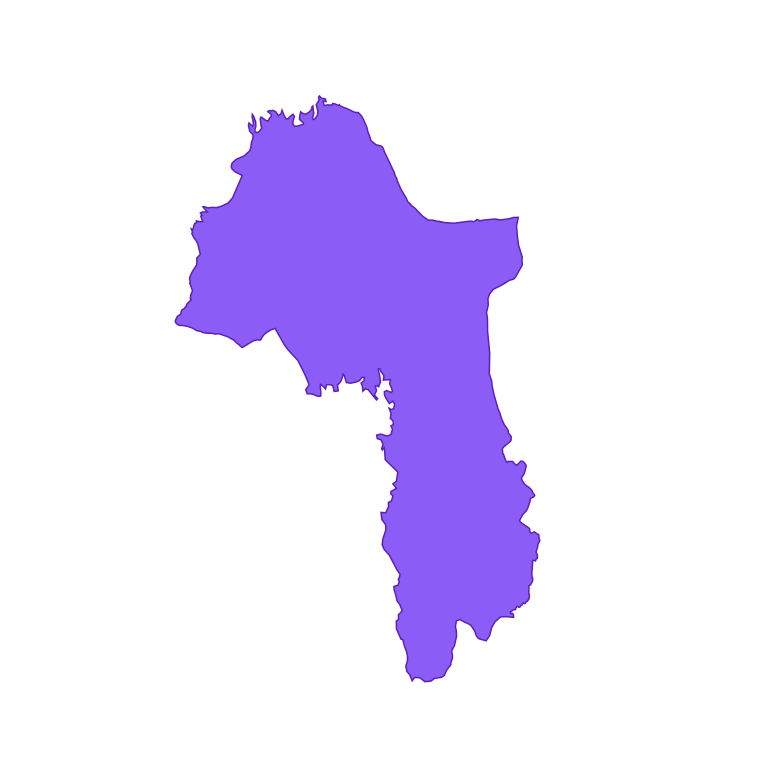 outline of Kouroussa, Kouroussa, Guinea, rotated 342°
{"feature_id": "49546643B25969650419510", "entity_name": "Kouroussa", "entity_type": "district", "adm_level": 2, "iso_a3": "GIN", "parent_name": "Guinea", "parent_adm1": "Kouroussa", "projection": "equal_earth", "projection_center": [-10.122, 10.487], "detail": "fine", "context": "isolated", "style": "filled", "palette": "violet", "viewbox_px": 768, "rotation_deg": 342, "n_neighbors": 0, "source": "geoboundaries", "source_scale": "gbopen_adm2", "svg_char_len": 6130}
<svg xmlns="http://www.w3.org/2000/svg" viewBox="0 0 768 768"><g transform="rotate(342 384 384)"><path d="M307.8,365.2L307.9,369.6L310.1,370.2L313.4,371.9L316.3,374.6L319.2,376.0L320.3,375.7L321.8,370.7L322.7,366.0L323.4,364.7L325.4,367.5L326.9,370.7L329.0,367.0L332.1,367.8L334.8,369.6L334.3,375.7L338.3,376.4L339.5,370.5L341.8,369.5L344.6,367.3L348.2,362.1L348.8,363.6L348.7,371.0L352.3,372.9L357.9,373.5L361.5,373.3L365.5,370.8L367.4,371.8L365.8,374.7L362.5,376.2L362.8,379.1L361.7,384.3L364.3,382.9L367.1,384.2L371.9,396.8L373.4,395.9L371.5,391.6L374.9,387.9L375.0,383.3L376.1,383.2L378.0,385.0L381.2,381.1L382.4,375.1L383.1,367.9L384.8,368.2L384.9,371.1L386.3,375.2L386.0,377.5L384.5,380.0L391.4,381.8L389.4,385.6L389.9,390.2L389.8,393.4L388.3,394.3L384.4,391.0L381.9,391.5L381.1,394.6L381.4,397.7L383.0,404.2L386.9,403.0L387.9,406.4L385.6,410.4L383.0,410.6L381.4,408.7L381.6,413.9L379.4,418.8L381.2,421.8L380.4,425.4L377.6,426.0L378.1,429.6L375.1,434.0L371.4,434.7L365.4,430.6L361.2,430.3L360.7,433.8L364.1,436.4L364.4,441.3L361.8,444.7L362.0,446.2L364.4,444.6L364.1,447.0L361.8,456.4L369.9,472.0L365.6,480.5L361.6,481.7L363.7,487.1L357.5,488.3L356.5,490.6L357.9,493.1L355.0,497.5L351.6,498.0L350.4,502.1L345.8,507.0L341.5,505.2L340.1,512.2L342.1,518.5L340.6,523.5L335.3,530.6L332.6,536.3L333.0,541.1L336.2,548.6L338.9,564.8L340.5,570.0L338.7,572.8L337.2,574.2L337.5,576.6L335.1,579.7L330.8,579.6L330.0,583.4L330.0,587.9L329.4,594.5L330.8,598.2L331.3,605.3L326.4,607.9L325.1,612.4L322.4,613.3L320.2,620.7L321.3,631.9L322.8,632.8L322.5,640.0L322.7,645.7L322.2,650.3L320.8,654.5L317.6,659.0L316.9,664.6L318.6,668.3L319.1,675.0L322.6,672.6L327.4,674.5L330.8,679.7L336.9,681.1L341.0,679.6L348.1,680.7L351.2,679.9L355.0,675.6L360.6,671.9L361.7,669.3L364.3,666.1L365.4,662.9L365.6,659.8L366.5,658.0L370.1,654.7L375.2,646.0L376.6,640.6L376.9,636.9L379.6,631.7L383.3,631.4L387.7,636.1L389.5,637.4L392.1,640.5L393.9,647.0L394.0,652.0L395.2,655.3L401.7,659.8L406.8,655.8L411.2,648.9L416.0,644.5L422.9,641.5L428.5,643.1L435.1,646.0L435.9,643.1L435.1,641.7L433.7,641.6L433.8,639.9L437.0,638.8L439.2,639.1L441.5,636.6L442.0,636.6L443.5,638.2L444.6,638.0L445.3,637.1L446.6,636.9L448.7,635.4L449.6,636.2L450.5,636.3L452.0,634.9L453.3,634.9L455.6,633.0L457.0,630.1L457.2,627.4L459.6,620.5L461.4,620.3L464.4,617.3L465.2,615.3L465.6,611.0L471.0,597.7L471.7,597.7L473.4,599.1L475.0,597.1L475.7,597.3L476.4,596.4L477.0,593.9L476.6,590.9L479.3,587.1L480.8,584.3L483.7,581.1L483.9,580.1L483.6,578.4L484.4,576.6L484.5,574.9L483.3,573.9L481.2,571.0L478.2,571.6L477.5,570.6L476.9,568.9L477.6,568.0L477.7,566.8L477.2,565.5L472.1,559.1L470.8,556.8L470.8,555.6L475.9,550.8L480.3,548.5L483.1,545.5L486.8,540.4L488.0,538.0L490.8,537.8L492.8,536.9L492.9,536.0L492.1,533.8L491.7,530.7L489.5,526.4L488.6,525.6L486.8,522.7L485.6,518.7L485.6,515.9L489.2,513.0L491.1,510.5L493.9,506.0L493.9,504.5L492.7,501.3L491.9,500.3L490.4,499.6L485.2,502.3L483.5,500.3L482.6,497.8L481.9,497.2L478.2,496.0L476.8,496.5L476.1,494.2L475.9,487.7L475.5,486.5L476.6,482.1L478.5,480.8L486.7,477.5L487.7,476.3L488.7,473.3L487.2,469.0L487.7,466.7L487.2,464.1L486.0,460.5L485.5,457.4L485.1,452.6L485.2,446.5L484.8,443.4L485.3,428.4L486.3,418.7L487.3,414.9L487.3,406.9L494.1,387.2L498.8,365.9L502.7,353.4L503.6,347.7L507.6,341.1L509.1,335.3L512.0,331.2L517.1,327.8L528.6,325.9L535.3,324.1L539.8,324.3L542.6,322.6L552.5,313.3L553.4,308.9L554.7,306.1L554.9,293.0L556.8,283.4L558.9,274.6L563.2,267.0L558.9,265.7L553.4,265.4L545.7,264.0L540.3,261.3L530.0,259.0L525.3,258.4L524.7,257.4L523.2,256.2L521.8,257.0L519.3,257.3L516.7,255.8L500.2,252.7L490.4,248.7L488.6,247.3L487.8,247.5L487.0,246.5L485.0,245.7L480.6,243.0L477.0,242.0L472.8,236.7L467.8,226.5L464.8,221.9L464.9,221.2L462.9,217.9L462.6,214.4L460.3,203.8L459.4,194.7L459.6,192.7L459.0,189.7L459.1,185.9L456.3,164.5L456.0,159.1L455.2,157.2L454.0,156.2L450.3,154.0L446.7,148.3L446.9,143.0L446.6,139.9L447.0,134.4L446.1,125.2L445.4,122.1L443.4,117.8L441.1,117.1L439.0,115.6L433.8,110.6L430.0,107.6L428.1,105.5L427.8,104.6L427.0,105.1L423.4,102.1L421.9,101.4L420.7,102.7L416.3,101.0L413.8,100.9L413.3,100.5L413.1,99.1L413.6,96.3L416.1,97.5L416.4,96.0L416.0,94.3L413.8,93.6L412.5,92.3L411.7,90.1L410.3,91.1L409.9,94.0L405.8,97.5L405.4,104.2L403.7,107.8L400.5,110.2L399.0,110.9L398.0,109.5L401.0,104.6L401.3,101.8L402.3,97.6L401.2,98.1L400.1,100.3L397.2,102.1L393.0,103.3L390.1,101.3L388.8,99.4L386.4,103.8L385.4,106.3L388.1,110.9L387.4,112.1L381.6,112.0L378.6,111.3L377.6,108.7L378.9,105.4L381.5,101.9L380.9,99.4L377.3,100.5L374.6,102.2L372.8,101.5L372.0,97.7L371.6,92.1L369.7,95.0L366.3,96.2L365.2,91.5L362.7,89.3L361.2,89.3L359.1,88.5L357.6,89.1L360.2,92.9L359.4,94.7L357.4,95.8L354.8,98.1L353.0,96.7L349.6,92.1L348.4,93.2L347.8,95.6L346.8,100.8L347.0,102.9L342.3,105.9L339.3,104.8L339.7,102.3L341.7,99.5L343.0,95.0L342.7,88.9L342.1,86.9L341.2,89.1L340.3,96.2L338.7,98.3L336.3,94.0L335.0,96.0L334.4,102.3L336.5,106.5L334.9,110.7L332.8,112.9L330.3,118.2L328.3,120.8L321.2,123.9L313.0,124.6L307.7,127.0L306.0,129.7L305.9,132.5L307.8,136.0L313.6,141.9L297.4,160.3L291.6,163.7L284.3,164.7L279.4,164.5L274.7,162.8L270.9,162.1L268.0,159.9L266.5,159.6L269.1,165.9L264.7,164.3L262.2,164.6L263.1,167.3L261.6,167.7L261.8,173.6L259.0,172.7L256.0,170.9L256.0,172.4L253.8,172.8L252.8,173.6L249.9,178.2L248.7,176.9L248.8,180.4L247.7,181.6L248.4,185.9L249.7,189.9L250.2,193.0L249.4,203.8L244.9,206.4L242.8,212.7L236.5,217.8L232.3,222.4L231.3,224.7L231.6,226.1L230.5,227.8L230.7,236.2L227.9,239.3L226.1,243.0L226.6,244.3L221.6,246.8L220.4,248.0L220.2,249.1L218.8,249.4L217.1,250.8L215.9,250.7L214.2,251.4L212.1,255.0L208.7,255.6L205.3,259.0L204.9,260.0L204.8,261.3L205.9,263.4L207.4,265.0L210.8,266.2L215.1,268.5L219.5,272.0L222.5,275.5L225.6,277.1L228.6,279.8L229.7,279.8L230.3,280.6L235.7,282.5L238.8,284.3L242.5,285.2L249.8,290.6L254.8,296.0L256.9,300.1L258.5,302.0L258.7,303.0L259.5,303.8L259.8,305.0L260.8,305.5L272.6,302.6L276.3,302.7L280.1,304.0L284.4,300.4L287.7,298.9L292.9,297.6L297.6,297.5L301.4,316.2L303.3,321.8L309.3,334.9L310.7,343.5L311.9,352.2L312.5,361.6L307.8,365.2Z" fill="#8b5cf6" stroke="#5b21b6" stroke-width="1.5"/></g></svg>